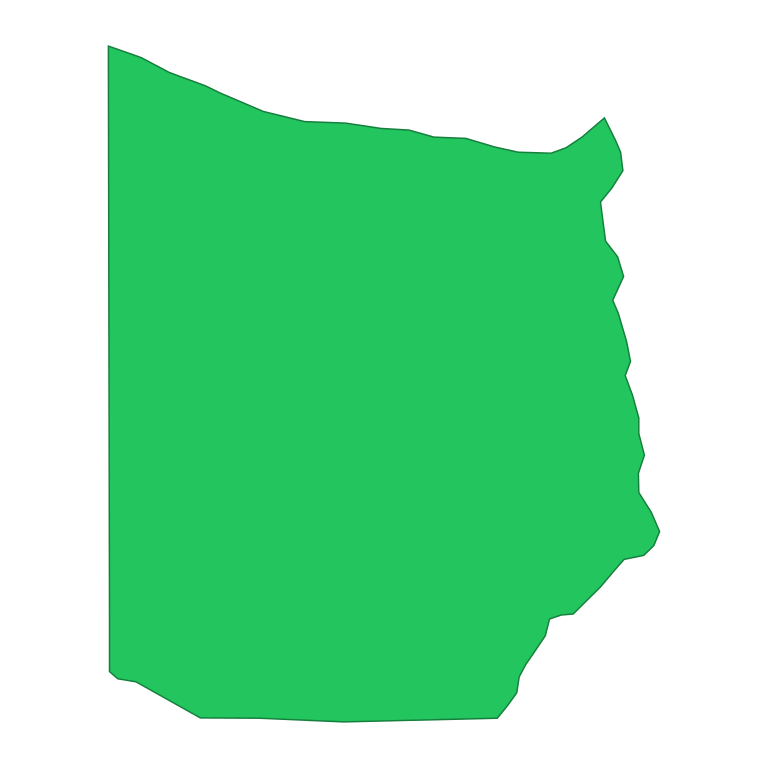 outline of Santo Antônio do Caiuá, Paraná, Brazil
{"feature_id": "56859067B63646792478521", "entity_name": "Santo Antônio do Caiuá", "entity_type": "district", "adm_level": 2, "iso_a3": "BRA", "parent_name": "Brazil", "parent_adm1": "Paraná", "projection": "mercator", "projection_center": [-52.325, -22.693], "detail": "fine", "context": "isolated", "style": "filled", "palette": "green", "viewbox_px": 768, "rotation_deg": 0, "n_neighbors": 0, "source": "geoboundaries", "source_scale": "gbopen_adm2", "svg_char_len": 904}
<svg xmlns="http://www.w3.org/2000/svg" viewBox="0 0 768 768"><path d="M108.4,46.1L108.4,63.3L109.5,617.2L109.5,671.6L117.8,678.8L135.9,681.8L200.3,717.9L258.3,718.2L343.7,721.9L497.3,718.2L507.9,705.1L516.7,692.9L519.2,676.8L525.7,664.6L532.8,654.3L545.3,635.8L549.5,619.0L561.2,615.0L573.2,614.0L600.5,586.9L614.6,570.2L624.1,559.4L643.7,555.4L653.8,545.6L659.6,531.6L651.3,512.3L638.8,492.5L638.4,473.3L644.4,455.2L638.8,433.5L638.8,417.9L632.4,394.9L625.2,375.6L630.5,361.4L626.6,341.6L618.3,313.3L612.7,300.3L623.6,276.5L617.6,256.8L605.6,241.2L602.8,220.0L600.5,202.0L611.6,188.4L622.9,170.7L620.6,152.2L615.3,139.9L604.4,117.9L582.0,137.1L566.1,147.7L551.1,153.2L518.1,152.2L494.3,146.9L465.9,138.4L433.8,137.1L409.1,130.1L380.7,128.4L345.5,123.1L304.7,121.6L263.1,111.4L219.9,92.9L205.6,85.9L179.0,76.1L168.9,72.3L141.2,57.6L108.4,46.1Z" fill="#22c55e" stroke="#15803d" stroke-width="1.5"/></svg>